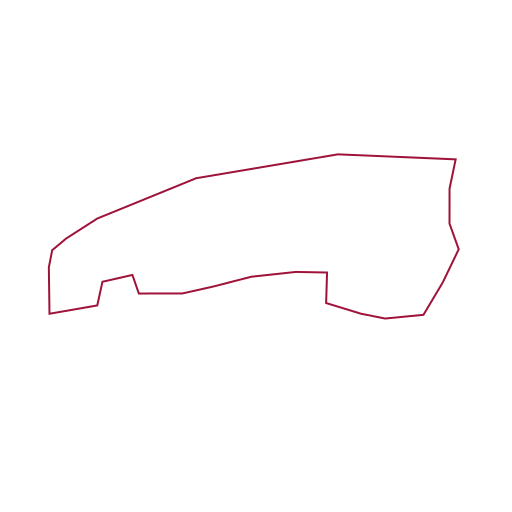 an SVG outline of Charlotte, rotated 260°
{"feature_id": "VCT-5063", "entity_name": "Charlotte", "entity_type": "Parish", "adm_level": 1, "iso_a3": "VCT", "parent_name": "Saint Vincent and the Grenadines", "parent_adm1": "", "projection": "orthographic", "projection_center": [-61.165, 13.289], "detail": "fine", "context": "isolated", "style": "outline", "palette": "rose", "viewbox_px": 512, "rotation_deg": 260, "n_neighbors": 0, "source": "natural_earth", "source_scale": "10m", "svg_char_len": 484}
<svg xmlns="http://www.w3.org/2000/svg" viewBox="0 0 512 512"><g transform="rotate(260 256 256)"><path d="M235.0,42.6L280.7,50.0L297.1,56.3L306.2,72.1L320.5,106.3L343.0,210.6L341.9,354.3L316.5,469.4L288.7,458.3L254.3,452.2L227.4,456.8L197.5,435.3L185.9,425.3L169.0,410.7L172.0,372.3L181.0,349.2L197.5,316.9L227.4,323.1L233.4,292.4L236.4,247.8L233.4,209.4L231.9,177.1L239.4,134.1L258.8,131.0L257.3,100.3L234.9,91.1L235.0,42.6Z" fill="none" stroke="#9f1239" stroke-width="2"/></g></svg>